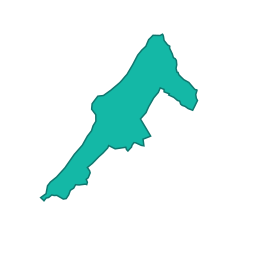 Loíza, Puerto Rico (orthographic projection), rotated 293°
{"feature_id": "32010507B12754205522862", "entity_name": "Loíza", "entity_type": "district", "adm_level": 2, "iso_a3": "PRI", "parent_name": "Puerto Rico", "parent_adm1": "", "projection": "orthographic", "projection_center": [-65.903, 18.42], "detail": "fine", "context": "isolated", "style": "filled", "palette": "teal", "viewbox_px": 256, "rotation_deg": 293, "n_neighbors": 0, "source": "geoboundaries", "source_scale": "gbopen_adm2", "svg_char_len": 1725}
<svg xmlns="http://www.w3.org/2000/svg" viewBox="0 0 256 256"><g transform="rotate(293 128 128)"><path d="M117.8,149.6L123.6,146.2L128.5,151.2L129.4,152.0L141.2,135.9L149.2,138.6L151.6,138.6L155.7,138.7L165.8,139.9L172.6,142.0L177.5,142.0L177.6,146.1L175.4,147.1L175.6,152.7L174.3,152.6L174.1,158.3L172.7,162.7L172.9,165.1L170.6,167.1L170.0,169.0L170.2,172.1L169.4,175.8L169.6,180.6L174.1,180.9L180.5,181.2L182.0,179.3L185.2,177.3L189.6,176.8L190.0,176.4L189.6,175.4L189.8,174.0L193.7,166.2L194.3,160.5L195.9,156.3L196.9,154.0L198.7,152.4L198.6,151.2L201.7,148.9L205.2,148.2L209.1,146.1L210.2,144.4L210.5,142.3L213.5,139.8L217.7,135.1L219.6,134.5L220.0,131.9L222.7,127.0L226.2,124.8L227.3,123.9L227.8,123.1L225.7,121.4L223.1,114.8L219.5,113.4L219.3,113.3L217.4,112.5L215.2,112.5L212.7,112.5L210.2,112.5L205.0,110.2L203.1,109.7L199.0,108.5L196.8,108.3L188.0,107.6L184.3,107.1L178.2,106.3L177.1,106.2L173.9,105.1L169.3,103.7L167.6,103.1L166.5,102.7L155.8,97.3L155.2,96.9L148.3,92.7L146.9,90.3L146.8,90.0L145.5,87.8L140.1,86.4L136.3,85.5L133.5,86.4L133.2,86.5L131.1,87.2L127.6,93.2L121.6,95.8L116.4,95.0L111.2,95.5L104.6,93.8L94.3,92.7L82.8,88.9L66.7,85.5L54.9,81.4L48.0,77.7L43.4,76.5L36.6,78.0L35.6,78.3L34.8,77.8L29.8,74.8L28.8,77.5L28.5,78.4L28.3,78.9L28.2,79.1L31.5,80.0L33.0,82.1L36.6,84.0L37.0,86.4L38.2,88.8L37.3,96.2L38.9,98.7L43.3,99.5L47.2,99.3L48.3,99.4L51.4,101.5L55.3,101.9L56.5,105.3L59.6,110.6L59.8,112.1L62.2,111.8L64.4,109.6L66.7,110.8L71.9,110.7L73.6,109.4L75.8,106.0L81.7,109.1L90.3,112.4L95.1,114.7L101.7,117.1L104.3,117.1L103.8,124.3L109.4,133.5L107.6,135.0L106.8,136.9L111.9,138.7L113.4,138.4L116.8,139.1L117.4,140.9L117.2,147.0L117.8,149.6Z" fill="#14b8a6" stroke="#0f766e" stroke-width="1.5"/></g></svg>